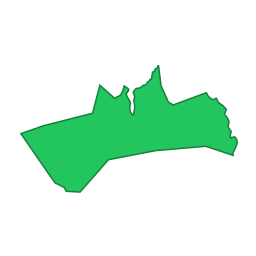 the district of San Pedro, Copán, Honduras, rotated 174°
{"feature_id": "27666195B10717869055207", "entity_name": "San Pedro", "entity_type": "district", "adm_level": 2, "iso_a3": "HND", "parent_name": "Honduras", "parent_adm1": "Copán", "projection": "natural_earth1", "projection_center": [-88.844, 14.614], "detail": "fine", "context": "isolated", "style": "filled", "palette": "green", "viewbox_px": 256, "rotation_deg": 174, "n_neighbors": 0, "source": "geoboundaries", "source_scale": "gbopen_adm2", "svg_char_len": 5121}
<svg xmlns="http://www.w3.org/2000/svg" viewBox="0 0 256 256"><g transform="rotate(174 128 128)"><path d="M235.1,133.6L211.9,91.0L206.2,81.0L197.7,75.5L196.0,71.5L182.4,69.3L150.8,98.5L103.2,102.6L52.7,101.7L25.7,89.5L25.9,89.7L26.0,89.9L26.1,90.1L26.2,90.3L26.4,90.8L26.5,91.2L26.6,91.6L26.6,91.8L26.4,92.0L26.1,92.5L25.9,92.8L25.1,94.0L24.9,94.2L24.6,94.6L24.4,94.9L24.1,95.5L23.5,96.6L22.7,98.0L21.9,99.6L21.3,100.9L21.2,101.2L21.1,101.6L21.0,101.9L20.9,102.3L20.9,102.9L20.9,103.6L21.0,104.5L21.1,104.9L21.2,105.2L21.3,105.4L21.4,105.7L21.7,106.1L21.8,106.2L21.8,106.4L22.0,106.9L22.1,107.2L22.3,107.4L22.5,107.6L22.7,107.8L23.0,107.9L23.1,108.0L23.3,108.0L23.5,108.0L24.3,107.9L24.9,107.8L25.7,107.7L25.9,107.7L26.0,107.6L26.1,107.4L26.3,107.3L26.5,107.3L26.7,107.5L26.8,107.5L26.9,107.8L27.0,108.3L27.1,109.0L27.2,109.4L27.2,109.6L27.1,109.9L26.9,110.6L26.7,111.2L26.6,111.5L26.2,112.3L26.0,112.8L25.9,113.1L25.9,113.4L25.8,113.6L25.8,113.9L25.9,114.1L26.2,114.7L26.6,115.4L27.0,116.1L27.3,116.4L27.5,116.8L27.7,117.3L27.9,117.9L28.0,118.2L28.1,118.4L28.2,118.7L28.2,119.0L28.2,119.4L28.2,119.7L28.2,119.9L28.1,120.2L28.0,120.5L27.9,120.7L27.8,120.9L27.7,121.0L27.5,121.3L27.4,121.4L27.3,121.6L27.2,122.0L27.1,122.3L27.0,122.7L27.0,123.3L26.9,123.7L26.9,124.2L27.0,124.5L27.1,125.0L27.2,125.3L27.3,125.7L28.2,127.5L28.6,128.6L28.8,128.7L29.3,129.6L29.9,130.5L30.2,130.8L30.5,131.1L30.7,131.4L30.7,131.5L30.6,131.8L30.5,132.1L30.3,132.3L30.1,132.6L30.0,132.8L29.6,133.5L29.2,134.4L28.9,135.3L28.8,135.5L28.6,135.7L28.3,136.1L28.6,136.5L28.9,137.0L29.1,137.4L29.5,137.9L29.5,138.1L30.1,138.7L30.3,139.0L30.5,139.4L30.6,139.5L31.8,140.8L32.1,141.0L32.6,141.4L32.8,141.5L33.1,141.5L34.0,142.8L34.1,143.0L34.3,143.1L34.6,143.2L34.8,143.3L35.4,143.8L35.6,144.0L35.8,144.5L35.9,145.1L35.9,145.3L36.0,145.4L36.3,146.4L36.7,147.3L36.8,147.7L36.8,147.9L36.9,148.2L37.0,148.3L37.3,148.4L37.6,148.3L38.4,148.0L39.7,147.4L39.9,147.3L40.2,147.2L40.4,147.2L40.5,147.2L40.7,147.3L41.9,148.3L42.8,148.9L43.0,149.1L43.4,149.5L44.5,150.7L44.8,151.1L45.0,151.3L45.2,152.0L45.4,152.5L45.6,153.2L46.0,154.0L46.2,154.5L46.5,154.9L81.0,146.1L81.3,146.3L81.7,146.9L82.4,147.6L83.0,148.0L84.6,149.1L85.2,149.8L90.7,166.5L91.1,186.7L91.4,186.7L91.6,186.6L91.8,186.4L92.0,186.3L92.0,186.2L92.1,185.8L92.1,185.7L92.2,185.3L92.4,185.0L92.5,184.8L92.6,184.7L92.8,184.6L93.1,184.5L93.8,184.2L94.0,184.1L94.4,184.0L94.6,183.9L94.8,183.7L95.0,183.5L95.1,183.0L95.2,182.7L95.4,182.5L95.5,182.3L95.7,182.0L95.9,181.8L96.1,181.6L96.4,181.3L96.8,181.2L97.0,181.1L97.3,181.1L97.5,181.1L97.8,180.8L97.9,180.6L97.9,180.3L98.0,180.2L98.0,179.7L98.1,179.4L98.2,179.1L98.6,177.9L98.7,177.5L98.9,176.9L99.0,176.3L99.3,174.7L99.4,174.4L99.6,174.3L99.7,174.2L99.9,174.1L100.1,174.1L100.3,174.1L100.5,174.1L100.8,174.1L101.0,174.1L101.2,173.9L101.2,173.6L101.3,173.4L101.3,173.2L101.5,172.9L101.8,172.6L102.0,172.4L102.3,172.3L102.6,172.3L102.9,172.2L103.1,172.1L103.4,171.9L103.8,171.6L104.2,171.1L104.5,170.7L104.8,170.2L105.0,170.0L105.2,169.8L105.5,169.6L105.7,169.4L105.9,169.3L106.2,169.2L106.5,169.0L106.8,168.9L107.3,168.8L108.7,168.8L108.8,168.7L109.0,168.6L109.2,168.3L109.4,168.1L109.6,168.0L110.3,167.5L110.6,167.3L111.2,167.0L111.7,166.9L112.2,166.7L112.6,166.6L112.8,166.5L113.5,166.4L114.1,166.5L114.3,166.5L114.6,166.6L114.9,166.5L115.1,166.5L115.4,166.5L115.7,166.4L116.0,166.3L116.1,166.2L116.3,166.1L118.5,163.9L118.7,163.7L118.8,163.4L118.9,163.1L119.0,162.8L119.0,162.5L119.0,162.3L118.9,161.9L118.6,161.0L118.5,160.6L118.5,160.2L118.4,159.6L118.2,158.6L118.2,158.2L118.2,157.8L118.2,157.5L118.3,157.2L118.4,156.9L118.5,156.6L118.6,156.4L118.8,156.2L119.0,156.1L119.2,155.9L119.3,155.5L119.3,155.1L119.3,154.3L119.3,152.8L119.2,152.0L119.1,150.3L119.1,149.9L119.1,149.0L119.1,148.6L119.1,148.1L119.2,147.8L119.3,147.5L119.8,145.6L120.7,142.2L121.0,141.5L121.3,140.8L121.5,140.4L122.0,140.7L122.7,141.7L123.1,142.3L123.6,142.9L123.6,143.1L123.8,143.4L123.9,143.7L123.9,144.1L124.0,144.6L124.0,145.2L124.1,145.7L124.1,146.3L124.1,147.3L124.1,147.8L124.0,148.4L123.7,150.0L123.5,150.6L123.4,151.0L123.1,151.6L123.0,152.0L123.0,152.3L123.0,152.5L123.0,152.8L123.0,153.0L123.0,153.3L123.2,153.7L123.3,154.1L123.5,154.6L123.7,155.0L124.7,157.2L125.4,158.6L125.8,159.8L125.9,160.2L126.0,160.7L126.1,161.3L126.1,161.6L126.1,161.9L126.0,162.2L125.8,162.5L125.5,163.0L125.1,163.6L124.7,163.9L124.2,164.4L123.9,164.8L123.7,165.0L123.5,165.5L123.3,165.8L123.3,166.0L123.3,166.3L123.4,166.5L123.5,166.8L123.7,167.0L124.1,167.6L124.3,167.8L124.5,167.9L125.7,168.7L126.5,169.2L126.7,169.4L126.8,169.6L126.9,169.8L127.0,170.1L127.2,170.3L127.3,170.3L127.4,170.2L127.5,170.2L127.6,169.9L127.6,169.6L127.6,169.4L127.7,169.2L127.8,169.0L128.5,167.3L128.8,166.7L129.1,165.9L129.4,165.3L129.6,164.8L129.8,164.5L130.3,163.8L131.1,162.7L131.4,162.3L131.9,161.7L132.1,161.5L132.3,161.4L132.5,161.2L132.9,161.1L133.4,160.9L133.7,160.8L134.2,160.5L134.5,160.4L135.7,160.1L136.3,159.9L136.5,159.8L136.9,159.4L137.1,159.3L137.3,159.1L137.6,158.9L138.0,158.7L151.5,173.5L161.7,146.4L211.8,139.1L235.1,133.6Z" fill="#22c55e" stroke="#15803d" stroke-width="1.5"/></g></svg>